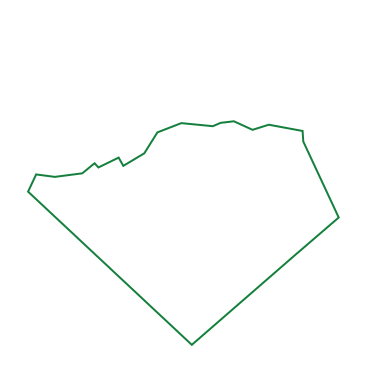 Rains, Texas, United States of America, rotated 139°
{"feature_id": "52423323B52067062833636", "entity_name": "Rains", "entity_type": "district", "adm_level": 2, "iso_a3": "USA", "parent_name": "United States of America", "parent_adm1": "Texas", "projection": "natural_earth1", "projection_center": [-95.807, 32.846], "detail": "fine", "context": "isolated", "style": "outline", "palette": "green", "viewbox_px": 384, "rotation_deg": 139, "n_neighbors": 0, "source": "geoboundaries", "source_scale": "gbopen_adm2", "svg_char_len": 433}
<svg xmlns="http://www.w3.org/2000/svg" viewBox="0 0 384 384"><g transform="rotate(139 192 192)"><path d="M294.1,93.2L292.4,76.8L156.0,76.8L98.0,76.5L74.9,157.1L68.5,165.5L89.9,192.4L105.5,199.2L114.0,217.9L125.0,225.4L133.1,228.0L154.9,251.0L179.0,259.7L202.6,252.5L226.7,256.8L224.8,266.1L246.5,271.9L246.7,277.6L262.6,278.1L285.6,293.4L298.1,307.5L315.5,299.8L294.1,93.2Z" fill="none" stroke="#15803d" stroke-width="2"/></g></svg>